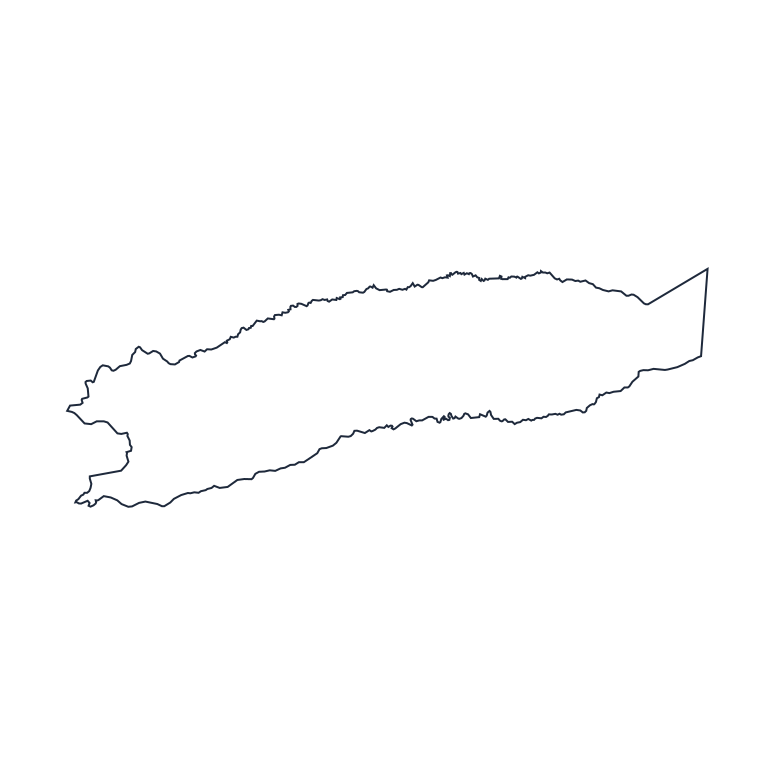 Dolega, Chiriquí, Panama, rotated 104°
{"feature_id": "35544464B94814953668785", "entity_name": "Dolega", "entity_type": "district", "adm_level": 2, "iso_a3": "PAN", "parent_name": "Panama", "parent_adm1": "Chiriquí", "projection": "mercator", "projection_center": [-82.464, 8.626], "detail": "fine", "context": "isolated", "style": "outline", "palette": "slate", "viewbox_px": 768, "rotation_deg": 104, "n_neighbors": 0, "source": "geoboundaries", "source_scale": "gbopen_adm2", "svg_char_len": 6159}
<svg xmlns="http://www.w3.org/2000/svg" viewBox="0 0 768 768"><g transform="rotate(104 384 384)"><path d="M194.0,97.9L242.8,147.1L243.3,149.2L242.9,151.3L238.4,159.0L237.0,163.4L237.3,165.5L239.2,168.1L239.7,170.2L236.8,176.3L237.8,184.9L239.8,188.5L239.8,194.4L239.0,198.2L239.2,201.6L236.6,205.5L236.5,209.4L234.8,213.5L237.3,218.3L236.7,220.6L237.8,223.3L237.2,226.8L238.3,231.9L241.9,235.5L240.8,238.1L239.5,239.4L240.7,241.4L240.2,243.9L235.8,250.3L237.1,252.4L236.8,254.4L237.4,256.8L236.5,259.0L237.9,258.8L239.2,260.5L238.5,262.2L241.8,264.9L243.5,268.3L243.6,270.4L245.9,273.0L247.1,272.7L246.5,275.7L248.2,275.8L248.9,276.6L247.5,280.5L247.8,281.1L248.7,281.3L248.3,283.5L248.9,286.5L250.5,287.6L250.4,289.0L252.3,289.4L253.6,294.3L253.6,295.8L251.3,296.0L251.0,297.7L253.7,298.0L256.4,307.4L257.8,308.4L257.3,311.2L259.3,311.6L259.9,312.3L258.5,314.6L260.6,315.0L259.9,316.9L258.1,317.2L257.9,319.4L256.4,321.4L258.2,323.7L256.1,325.3L255.4,326.8L255.8,327.9L256.9,328.2L256.5,330.4L258.4,332.4L256.9,333.5L258.7,335.5L257.8,336.7L259.0,338.9L257.6,339.8L257.5,340.5L258.2,341.6L261.5,344.1L261.3,345.0L260.2,345.8L260.4,346.6L263.4,346.2L263.0,348.3L263.4,349.2L265.4,348.0L265.7,350.6L267.2,353.0L267.0,354.9L270.5,358.9L272.0,361.3L272.5,365.3L274.6,365.6L280.7,369.8L280.9,370.8L279.5,374.5L279.6,375.6L282.0,377.8L279.2,380.5L282.7,381.9L284.0,383.1L284.3,384.4L287.0,385.1L286.6,386.6L288.1,388.9L288.0,392.3L289.5,394.3L290.4,397.3L293.1,400.5L293.2,403.4L291.8,404.0L291.8,404.8L294.0,411.0L293.1,414.8L290.6,417.9L293.3,418.4L292.7,420.6L293.0,421.5L295.0,422.5L296.1,424.0L299.5,425.4L300.5,426.5L301.0,430.3L300.2,431.8L300.2,432.9L301.2,435.4L302.6,436.5L304.6,442.0L307.0,443.2L307.8,445.3L309.7,445.1L310.6,447.5L311.8,446.8L312.4,447.4L312.0,450.7L314.0,450.6L314.5,454.7L317.4,457.2L317.1,458.8L315.7,459.6L316.8,461.9L316.6,464.2L318.0,465.6L318.8,467.4L319.6,473.3L320.8,474.2L323.1,474.8L323.1,476.3L323.7,476.9L326.3,477.2L327.2,477.9L326.2,483.6L326.5,486.2L327.2,487.3L329.2,486.8L330.4,487.7L330.8,489.2L329.9,491.2L330.7,493.2L331.8,493.5L334.2,492.8L335.2,494.8L336.6,493.9L337.7,494.6L338.8,497.1L339.0,499.8L342.1,499.9L342.2,502.7L343.5,506.5L345.0,507.0L347.1,506.1L347.8,506.5L348.5,512.6L352.2,515.0L353.0,516.2L352.6,517.9L353.1,519.4L353.3,522.8L359.5,525.5L359.8,526.9L361.7,526.9L362.3,528.5L363.7,528.8L364.8,530.6L363.3,533.9L364.2,535.6L365.9,536.2L368.7,536.1L371.0,537.6L373.6,537.7L374.0,539.4L375.3,541.0L375.3,544.1L377.9,544.5L380.0,547.0L381.6,546.1L382.3,546.4L381.9,548.5L389.2,555.1L392.3,559.9L393.1,564.1L395.9,565.9L395.4,570.4L397.8,573.8L399.8,575.0L400.9,574.6L401.9,573.2L402.8,573.5L404.6,576.3L403.8,579.6L404.3,581.1L410.7,588.1L412.3,588.2L415.6,591.6L416.4,596.0L415.9,598.0L414.6,599.8L412.9,604.6L408.7,608.7L407.5,612.9L407.8,616.0L411.1,619.2L411.8,620.6L409.7,626.9L407.4,629.6L407.2,631.0L410.1,633.3L413.2,633.2L416.7,635.3L422.9,635.0L425.6,635.6L427.7,638.4L430.6,644.6L435.1,647.8L436.6,649.7L436.6,651.5L434.4,653.9L433.6,655.8L433.9,661.4L436.1,663.4L440.1,664.9L452.1,666.1L452.8,667.1L451.6,669.4L453.0,673.2L454.3,674.1L455.8,673.6L459.9,670.4L467.7,667.7L468.8,668.5L471.4,673.3L472.6,673.5L475.2,671.9L477.5,673.7L480.9,683.4L486.7,684.9L486.6,680.1L487.1,677.4L488.5,674.6L494.7,665.0L493.8,658.4L489.7,653.7L488.0,646.9L488.2,642.9L496.4,630.7L496.0,626.8L493.5,621.7L494.6,620.5L496.5,620.4L500.4,617.1L504.5,615.8L506.3,613.6L510.0,613.3L512.4,617.3L513.0,616.7L515.8,616.4L521.2,613.2L525.2,614.6L531.7,618.1L544.8,647.1L546.9,646.6L551.7,643.8L555.8,643.6L559.2,644.1L561.4,645.7L562.0,648.3L564.1,649.0L565.6,650.9L569.7,652.7L571.6,654.5L573.5,654.8L573.0,653.6L573.7,651.1L573.3,649.0L569.0,643.3L570.7,640.9L573.6,641.2L574.0,639.1L572.0,636.5L569.8,634.9L568.5,634.7L566.6,635.6L566.4,634.0L565.7,633.0L560.6,628.8L560.2,621.7L561.4,614.7L564.0,609.6L565.0,602.4L563.7,598.8L558.6,592.9L555.8,587.1L555.3,574.9L556.3,569.8L555.7,567.6L550.7,562.7L546.3,560.1L540.8,553.9L537.2,547.9L536.9,545.5L535.0,541.9L534.4,537.6L532.3,535.7L530.1,531.3L528.6,530.0L526.6,526.2L523.9,524.2L524.6,518.3L521.7,510.8L512.6,503.1L510.0,496.6L508.4,489.5L506.9,488.4L502.3,487.1L499.4,484.0L497.8,478.7L495.4,474.0L494.6,468.5L490.9,463.9L489.2,459.8L485.2,455.4L483.9,451.0L480.5,447.7L479.3,442.9L467.3,432.0L462.8,430.8L461.4,428.8L460.1,424.5L456.2,418.7L452.6,416.0L445.5,413.5L445.0,413.0L443.8,405.9L442.6,403.7L439.7,401.9L436.6,401.4L435.8,398.9L436.2,390.7L432.3,387.0L433.1,384.9L432.4,383.7L430.4,381.4L428.3,380.1L427.1,378.2L426.5,373.1L423.4,371.3L424.6,369.4L422.8,367.6L422.6,366.2L423.3,365.4L425.0,365.9L425.7,363.8L424.4,362.3L418.9,358.1L416.6,354.8L416.4,352.3L417.5,347.0L416.6,346.5L412.5,349.5L411.5,349.5L410.7,348.7L410.7,347.4L412.3,343.6L410.8,341.0L410.1,338.2L405.1,332.8L404.2,329.0L405.3,326.6L404.9,324.6L407.8,322.9L408.1,320.7L407.4,320.1L404.0,319.9L400.8,318.1L401.4,317.1L403.6,317.9L404.2,317.5L402.7,315.4L403.6,313.1L403.0,311.9L400.9,311.9L400.1,313.5L399.3,313.9L397.6,313.9L396.3,313.2L396.8,311.9L398.7,310.8L400.8,308.5L400.1,307.3L398.3,306.8L399.6,303.5L399.5,302.4L398.3,300.6L395.6,299.2L393.6,298.9L392.8,298.0L393.1,295.1L396.0,291.5L393.1,283.6L390.1,283.5L391.1,277.4L389.8,276.7L386.7,276.6L384.6,275.1L385.3,274.0L388.2,272.6L391.3,269.1L390.1,264.6L391.5,262.7L391.8,261.0L391.4,260.1L389.3,258.8L388.9,257.7L390.8,254.5L389.6,250.5L391.3,247.5L389.4,245.6L388.0,242.6L385.1,240.5L384.8,237.5L383.0,235.5L383.9,232.3L383.0,231.4L382.5,229.7L381.0,229.0L379.8,227.3L379.2,222.9L377.2,221.3L376.8,218.8L375.3,217.4L373.6,216.7L373.0,213.8L371.5,210.5L371.8,208.1L370.4,206.5L370.9,204.7L369.9,202.2L367.6,200.8L362.6,191.1L362.2,187.1L363.5,184.2L362.9,182.4L361.1,181.3L358.2,181.4L354.8,179.0L353.1,176.9L353.0,175.4L352.2,174.8L350.2,174.0L346.3,174.0L344.8,172.3L342.1,172.3L342.1,169.4L338.5,166.2L338.3,163.1L336.0,159.4L333.6,152.7L329.2,149.9L328.4,146.6L327.0,145.4L321.7,143.5L315.2,139.0L310.6,139.8L309.3,138.6L307.8,135.7L306.8,131.1L304.1,126.1L302.4,114.8L301.4,112.4L296.7,103.5L291.7,97.0L287.8,93.3L286.2,90.1L282.3,86.0L280.3,83.1L194.0,97.9Z" fill="none" stroke="#1e293b" stroke-width="2"/></g></svg>